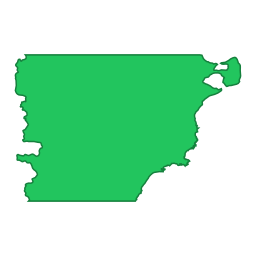 an SVG outline of Chubut
{"feature_id": "ARG-1274", "entity_name": "Chubut", "entity_type": "Province", "adm_level": 1, "iso_a3": "ARG", "parent_name": "Argentina", "parent_adm1": "", "projection": "mercator", "projection_center": [-67.684, -44.0], "detail": "fine", "context": "isolated", "style": "filled", "palette": "green", "viewbox_px": 256, "rotation_deg": 0, "n_neighbors": 0, "source": "natural_earth", "source_scale": "10m", "svg_char_len": 5729}
<svg xmlns="http://www.w3.org/2000/svg" viewBox="0 0 256 256"><path d="M21.3,61.1L21.6,61.0L22.3,60.0L24.5,59.5L25.2,59.1L25.9,58.6L26.2,57.8L26.1,56.0L25.3,54.9L199.9,54.9L201.9,55.2L203.2,58.2L204.0,59.4L205.0,60.3L207.0,61.7L208.3,61.8L208.9,62.3L210.2,62.9L212.6,63.2L213.7,64.0L215.6,63.5L216.3,63.6L216.9,63.9L217.4,64.6L216.7,64.9L216.1,65.5L214.1,68.4L213.7,69.9L213.9,70.2L214.7,70.3L216.8,70.2L217.9,70.7L219.7,70.5L221.3,69.9L226.2,70.2L226.9,70.1L227.1,69.5L228.0,68.6L228.2,68.1L228.2,67.2L228.0,66.8L228.4,66.3L228.0,64.9L227.8,64.4L227.2,64.2L226.1,64.0L223.2,64.2L221.8,64.0L220.7,63.3L221.5,62.8L225.3,62.3L228.6,60.5L230.7,58.9L233.0,57.8L234.6,57.4L235.7,57.6L236.6,58.6L237.2,59.6L238.0,61.8L238.3,63.0L239.6,64.2L240.2,65.5L240.3,67.0L240.2,70.5L240.6,75.9L240.3,77.4L239.6,78.9L239.2,80.3L239.6,81.6L238.2,83.4L236.5,84.2L231.1,85.5L228.9,85.6L227.7,86.2L226.7,86.4L225.9,85.8L225.3,85.0L224.0,83.1L223.0,82.5L223.0,81.6L223.8,78.2L224.4,77.8L224.3,77.5L223.2,76.7L222.8,76.2L221.8,75.7L221.5,75.3L221.4,74.6L221.1,74.1L219.4,73.2L218.1,72.9L215.3,72.9L213.4,73.2L212.2,73.7L211.5,74.3L210.3,74.7L208.4,77.0L205.3,77.7L204.7,78.1L203.8,80.0L203.0,80.9L202.8,81.4L203.0,82.3L203.4,82.8L204.4,83.1L205.3,83.8L207.0,84.3L210.2,85.9L212.6,87.8L214.3,88.5L216.4,88.3L218.2,89.7L218.9,89.7L221.3,88.7L221.6,89.8L221.5,90.3L221.0,90.9L217.8,93.0L214.7,94.3L209.5,95.8L204.8,99.2L203.4,100.7L202.4,101.3L202.2,102.1L202.4,104.2L202.3,104.8L201.3,105.5L199.2,107.8L197.8,110.3L196.1,111.7L194.6,114.5L194.5,114.8L194.6,117.0L195.2,118.7L194.9,120.0L194.9,120.6L195.5,121.2L196.1,123.1L196.2,123.6L196.0,125.0L196.1,125.5L196.5,125.6L197.0,125.4L197.3,125.9L196.7,126.3L196.9,127.2L196.9,127.8L197.4,128.1L198.4,128.1L197.2,129.2L197.0,129.9L197.1,130.9L197.5,131.1L197.6,131.8L195.9,132.4L195.4,132.9L195.2,134.1L195.3,135.6L195.8,136.4L196.2,136.7L196.1,137.1L196.3,137.8L196.7,138.0L196.5,138.6L196.8,139.0L197.3,139.0L197.5,139.2L197.6,140.2L197.3,140.4L197.1,141.0L196.5,141.0L196.2,141.7L195.8,141.9L196.0,142.2L195.7,142.4L195.9,142.5L195.3,142.4L195.1,142.5L195.3,142.9L194.7,143.4L194.6,143.7L195.1,144.1L194.8,144.7L195.0,144.9L195.5,144.7L195.9,144.9L195.7,145.2L195.9,145.7L195.3,145.7L194.9,146.3L194.8,146.1L194.9,145.7L194.7,145.4L194.4,145.4L194.1,145.5L193.5,145.7L193.4,145.9L193.8,146.4L193.8,146.6L193.3,146.6L193.0,147.0L193.0,147.4L193.3,147.6L193.9,147.9L193.6,148.3L193.4,147.9L193.2,147.9L192.9,148.6L192.6,148.3L192.5,147.9L192.0,147.7L191.2,147.9L191.0,148.5L191.2,148.8L190.1,149.0L189.0,149.5L188.1,150.6L187.6,150.4L186.4,151.3L185.3,153.0L185.0,153.8L185.1,154.8L184.8,156.3L184.2,156.6L184.2,157.3L184.4,157.5L184.1,158.0L184.5,158.8L185.3,158.9L185.6,159.1L185.8,159.5L186.6,159.3L187.6,159.9L188.2,159.8L188.8,160.3L189.2,160.5L189.6,161.1L189.3,161.2L188.2,162.2L187.9,162.1L187.4,162.6L187.5,163.1L187.8,163.4L187.9,163.9L187.2,163.6L186.9,163.9L187.4,164.7L186.4,165.4L185.8,165.2L185.3,165.3L185.1,166.0L183.5,164.5L182.2,164.7L181.8,165.1L181.5,164.9L181.5,164.2L181.2,163.8L179.9,163.9L180.0,165.1L179.4,165.1L178.7,165.4L177.9,165.2L177.4,164.5L176.6,163.7L175.8,163.8L174.1,163.2L172.6,163.5L171.7,163.4L171.2,164.2L169.6,165.8L169.1,165.4L167.8,165.2L167.3,165.4L167.2,165.7L166.7,165.6L166.4,166.0L164.7,166.5L163.9,166.9L163.2,167.7L163.2,168.5L165.0,169.2L164.6,169.9L161.5,168.8L161.5,169.8L162.7,170.1L163.3,170.8L163.2,171.7L159.4,171.6L154.2,172.4L152.6,173.2L150.5,175.0L149.0,176.7L148.2,178.3L146.3,180.9L144.8,183.4L143.6,184.6L142.6,186.1L142.0,186.6L141.3,188.3L141.4,190.0L141.9,190.5L141.6,191.1L141.1,191.2L141.0,192.2L141.2,192.7L141.1,193.1L140.8,193.4L140.3,193.2L138.7,194.5L138.3,195.9L137.4,196.5L137.2,197.3L136.6,198.0L136.3,198.6L136.7,199.6L136.1,199.9L135.4,201.1L28.5,201.1L29.5,200.0L29.1,198.7L28.7,197.6L28.0,196.8L27.1,196.2L26.0,195.8L25.6,195.4L25.4,194.8L25.9,193.1L25.5,192.4L24.6,191.3L24.5,190.5L25.0,189.4L24.8,188.7L25.0,187.6L26.0,185.8L25.4,185.0L25.8,184.2L26.8,183.6L28.7,183.1L30.8,183.2L31.7,183.0L32.7,182.2L33.0,181.7L32.9,181.1L32.1,179.2L32.2,178.9L35.3,177.5L37.4,174.8L37.2,173.6L36.7,172.4L36.0,171.4L35.2,170.6L33.8,169.6L32.7,168.2L32.5,167.8L32.0,166.1L31.0,163.8L30.1,162.8L29.2,162.7L28.2,162.9L27.1,162.7L25.6,161.1L25.0,160.9L24.4,161.0L23.2,161.5L22.2,161.7L20.1,160.5L19.0,160.1L17.9,160.2L17.3,160.0L17.1,159.4L17.3,157.6L16.9,155.6L17.3,154.8L18.0,154.5L19.6,155.2L23.1,155.9L23.7,155.8L24.9,154.6L25.5,154.5L27.9,155.4L29.0,155.5L31.3,154.4L32.5,154.1L33.5,154.4L35.6,155.9L36.7,156.3L37.7,156.0L38.6,155.4L39.3,154.3L39.5,152.9L39.2,151.0L39.4,150.2L40.3,148.5L40.6,148.3L41.7,148.1L42.1,147.7L42.3,146.9L42.3,146.2L41.5,145.1L41.1,143.4L40.7,142.8L40.0,142.5L38.0,142.3L34.0,141.5L28.6,141.5L27.3,141.2L26.2,141.2L25.0,141.5L23.9,141.6L22.9,140.6L22.8,139.9L24.2,139.0L24.4,138.3L23.7,136.7L23.8,136.0L24.4,134.9L24.4,134.3L24.2,133.6L23.4,132.1L23.0,130.7L23.6,130.2L24.6,129.9L25.5,129.1L28.0,125.3L28.2,124.6L28.2,124.1L26.4,121.2L25.5,120.5L25.5,120.1L25.8,119.2L25.7,118.4L24.6,118.8L24.1,118.5L24.0,117.9L24.2,117.3L24.4,116.8L26.5,115.7L26.9,115.3L27.1,114.8L26.8,112.3L25.4,111.2L24.5,110.2L22.6,110.0L22.4,109.5L23.0,108.5L23.0,107.8L22.7,107.2L21.7,106.7L20.9,107.0L20.6,106.9L20.4,106.5L20.9,105.9L20.8,104.7L21.6,103.8L21.7,102.4L21.8,102.1L22.8,102.0L24.4,101.3L25.6,101.6L25.8,101.2L25.8,99.9L25.6,98.6L26.0,97.4L25.8,96.7L25.3,96.3L22.9,95.3L19.0,94.9L17.8,94.3L16.7,93.4L15.9,92.0L15.4,90.5L16.3,85.6L16.1,80.5L15.5,78.2L15.8,77.1L15.4,75.9L15.5,74.7L16.0,73.7L16.8,73.0L18.2,72.3L18.2,72.0L17.3,70.3L17.2,69.9L17.7,68.0L17.4,67.3L16.1,66.0L15.7,65.1L16.0,64.2L17.2,62.7L17.7,61.9L18.2,60.0L19.0,59.3L19.9,59.3L20.6,60.8L21.3,61.1Z" fill="#22c55e" stroke="#15803d" stroke-width="1.5"/></svg>